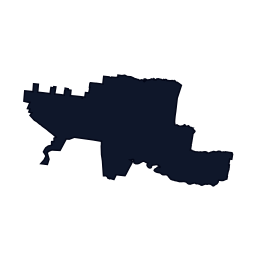 the district of Kota Binjai, Sumatera Utara, Indonesia, rotated 277°
{"feature_id": "22746128B66679629138785", "entity_name": "Kota Binjai", "entity_type": "district", "adm_level": 2, "iso_a3": "IDN", "parent_name": "Indonesia", "parent_adm1": "Sumatera Utara", "projection": "equal_earth", "projection_center": [98.479, 3.6], "detail": "fine", "context": "isolated", "style": "filled", "palette": "ink", "viewbox_px": 256, "rotation_deg": 277, "n_neighbors": 0, "source": "geoboundaries", "source_scale": "gbopen_adm2", "svg_char_len": 5697}
<svg xmlns="http://www.w3.org/2000/svg" viewBox="0 0 256 256"><g transform="rotate(277 128 128)"><path d="M141.9,21.4L141.5,24.6L141.5,27.6L135.0,25.8L134.8,28.4L131.8,27.6L131.2,30.8L128.6,29.2L124.4,34.1L123.2,36.8L121.2,39.8L120.6,41.2L119.5,42.7L116.8,47.6L115.1,50.1L113.1,53.5L110.2,57.8L108.8,55.8L106.6,56.2L105.4,56.0L105.4,54.9L105.2,53.9L103.9,53.9L101.9,54.5L101.0,52.9L100.4,51.1L98.3,48.8L96.2,47.8L94.0,47.0L91.3,49.3L90.0,50.0L86.1,48.6L82.0,45.8L82.0,52.4L87.4,53.4L93.8,50.7L95.7,52.8L96.9,55.0L97.5,63.3L109.6,68.0L109.8,71.2L112.3,75.8L112.0,94.9L111.6,103.4L110.1,103.5L108.7,103.7L106.8,103.7L98.4,105.0L92.2,106.7L77.6,109.5L77.9,111.7L77.6,112.7L76.9,113.6L76.4,113.8L76.1,113.9L75.9,114.1L75.8,114.3L75.8,114.5L75.5,115.6L75.7,115.8L75.4,115.9L75.5,116.3L75.8,116.5L75.2,120.3L80.2,122.0L80.3,130.8L81.8,131.5L90.2,134.6L90.7,134.9L95.4,136.6L96.0,135.5L96.6,134.0L97.5,136.8L97.2,137.5L96.3,137.5L94.2,138.2L93.5,140.0L93.7,141.8L94.2,143.1L96.7,146.6L96.9,147.3L96.9,148.1L96.1,150.1L95.5,152.0L94.2,151.5L93.5,151.4L92.7,151.8L91.9,152.5L91.4,153.1L91.0,154.1L91.1,155.1L91.4,155.6L92.1,156.0L93.2,156.0L93.7,156.2L93.8,156.3L94.2,157.0L94.7,159.1L95.1,160.2L95.2,161.0L94.8,162.5L93.6,164.5L93.1,164.6L92.7,164.4L92.8,164.0L92.9,163.5L93.0,162.8L92.7,162.2L91.2,160.9L90.9,160.4L90.2,159.5L89.0,159.2L88.2,160.2L87.8,161.4L87.6,162.3L87.4,165.3L87.0,166.2L86.3,167.1L85.9,168.3L86.1,170.2L86.4,171.2L86.0,173.1L84.7,174.2L82.5,176.6L82.2,177.3L82.1,178.2L81.9,178.7L81.9,179.5L81.8,180.3L81.6,180.7L81.5,182.9L81.1,185.5L81.3,187.4L81.8,190.2L81.4,192.8L80.5,193.7L79.9,195.0L79.9,196.6L81.1,199.2L81.5,200.7L81.6,201.4L81.2,201.9L81.0,202.6L81.2,203.4L81.2,204.3L81.0,205.4L81.1,205.8L80.4,207.1L80.2,207.8L80.4,208.8L81.1,210.0L81.8,211.5L81.9,213.8L82.4,214.9L82.3,216.9L81.8,218.0L81.0,219.3L81.0,219.9L81.4,220.5L81.9,220.8L83.5,223.0L85.2,224.0L86.9,224.1L87.2,224.4L87.3,225.1L87.3,227.6L87.6,229.0L89.0,231.3L89.4,232.3L91.0,232.4L91.9,232.5L92.0,232.2L96.7,232.6L96.9,232.5L97.2,232.7L98.3,232.8L98.7,233.1L101.2,233.1L101.6,233.2L102.0,233.0L103.8,233.1L103.9,232.8L103.7,232.6L103.7,232.4L109.6,232.7L109.6,234.8L114.6,235.0L114.7,234.5L115.4,234.5L115.5,234.1L116.1,234.1L116.1,232.7L116.0,231.5L116.1,231.4L116.1,230.2L116.2,229.4L116.2,228.8L116.1,227.9L116.2,227.4L115.6,227.2L115.6,226.8L115.7,226.7L115.8,225.8L115.6,225.8L115.6,225.1L115.5,224.2L115.4,223.6L115.6,223.0L115.8,222.8L116.0,222.5L116.0,220.8L115.5,219.5L115.0,219.1L115.0,218.7L114.9,218.4L115.0,218.1L114.8,217.5L115.1,216.8L115.0,216.2L115.1,215.5L114.6,214.9L114.5,214.3L114.2,213.8L113.9,212.9L113.7,212.6L113.4,212.3L113.0,211.3L112.9,210.5L113.0,210.1L113.0,209.5L113.0,209.2L113.5,209.3L113.6,209.2L113.5,208.6L113.6,208.3L113.8,208.2L113.8,207.9L113.6,207.9L113.5,207.5L113.7,206.5L113.4,206.1L113.4,205.7L113.2,205.3L113.1,204.7L112.9,204.1L113.0,203.7L112.8,203.0L113.0,202.9L112.8,202.3L112.8,201.8L112.6,201.0L112.7,199.6L112.6,198.9L112.5,197.6L113.0,195.9L113.0,195.1L113.1,194.7L113.2,194.4L113.7,194.0L113.7,192.6L119.0,192.8L119.4,192.4L120.3,192.5L120.7,192.9L121.6,192.8L122.1,192.9L130.5,193.2L130.6,193.5L132.6,194.8L133.3,194.6L133.7,193.8L133.9,193.4L134.3,193.4L134.9,192.3L135.3,192.5L135.5,192.4L135.6,192.2L135.8,192.4L135.9,191.6L136.2,190.9L136.3,189.4L136.7,188.3L137.0,188.4L137.2,188.1L137.5,188.0L137.6,187.6L137.5,187.4L137.0,186.8L137.0,186.3L136.9,186.2L136.9,185.0L136.8,184.8L136.8,184.6L136.9,184.1L137.7,184.4L137.9,184.3L138.1,183.7L137.5,183.1L137.2,182.7L136.6,182.7L136.6,181.9L136.4,182.0L136.2,181.9L136.3,181.4L136.2,180.7L136.0,178.3L136.4,178.0L136.3,177.5L136.6,177.1L136.8,176.9L137.0,176.5L136.9,175.7L136.7,175.0L136.7,174.4L136.9,174.1L137.4,173.8L137.8,173.9L138.6,173.8L139.0,173.5L142.0,173.3L146.3,173.2L150.3,173.3L163.7,173.2L176.9,175.8L179.3,171.4L179.2,170.9L179.0,170.5L180.4,169.0L180.4,168.9L180.5,168.7L180.2,168.7L180.2,168.3L180.2,167.9L180.2,167.4L180.5,167.0L180.5,166.6L180.3,166.4L180.4,165.7L180.3,165.4L180.1,165.4L180.1,163.8L179.9,163.3L180.0,162.0L179.9,161.8L179.9,161.0L180.0,161.0L180.2,160.7L180.3,160.7L180.6,160.3L180.6,160.0L180.7,159.9L180.8,159.6L180.6,159.3L180.5,158.7L179.9,158.3L180.0,158.0L180.2,157.9L180.5,157.4L179.9,156.8L179.7,156.3L179.8,156.1L180.2,155.3L180.3,153.9L180.4,153.4L180.3,152.8L180.3,152.2L180.5,152.1L180.4,151.7L180.2,150.6L179.1,150.0L179.0,149.7L179.1,149.2L179.1,148.9L179.4,148.9L179.5,148.5L179.8,148.2L180.0,147.7L179.5,147.7L179.4,147.5L179.2,147.6L179.2,147.3L179.6,147.2L179.6,146.7L179.4,146.3L179.4,146.0L179.6,145.6L179.2,144.7L178.9,144.6L178.5,143.7L178.5,143.0L178.0,142.1L178.1,140.9L178.4,140.0L178.7,139.6L178.7,138.6L178.4,138.0L178.1,138.1L177.9,138.7L177.7,139.1L177.4,139.1L177.4,139.5L177.2,139.7L177.0,139.3L176.6,139.3L176.3,138.9L175.9,138.5L176.2,137.9L177.1,137.7L177.0,137.3L177.4,136.8L177.4,135.2L176.8,134.4L176.5,133.6L176.9,133.1L177.3,132.7L177.4,130.5L177.8,129.8L177.6,128.8L177.8,127.9L178.2,127.8L179.2,124.5L179.1,123.2L179.0,120.9L180.0,118.4L179.2,115.6L179.3,111.6L177.2,111.7L176.6,109.4L176.5,105.5L176.0,105.3L176.0,103.1L176.4,103.0L176.3,97.6L168.4,97.7L168.5,90.8L168.4,90.3L168.3,85.1L167.6,84.8L163.6,84.8L163.6,85.3L162.6,85.1L162.3,85.1L161.1,85.1L158.0,84.7L158.0,81.5L153.3,81.4L153.3,79.1L152.0,79.1L152.0,78.8L153.3,78.8L153.3,76.2L153.2,70.7L153.0,66.9L158.5,66.8L158.6,63.9L159.6,63.9L159.9,60.8L157.1,60.8L157.1,60.6L156.8,60.6L155.6,60.8L155.6,60.6L154.1,60.7L153.9,60.5L152.9,60.7L152.8,58.4L152.9,58.0L152.8,51.1L160.0,51.4L160.0,49.3L158.8,49.2L158.9,46.6L152.6,46.5L152.6,39.1L152.5,34.0L160.5,33.7L160.4,28.9L152.5,29.3L152.3,21.0L141.9,21.4Z" fill="#0f172a" stroke="#020617" stroke-width="1.5"/></g></svg>